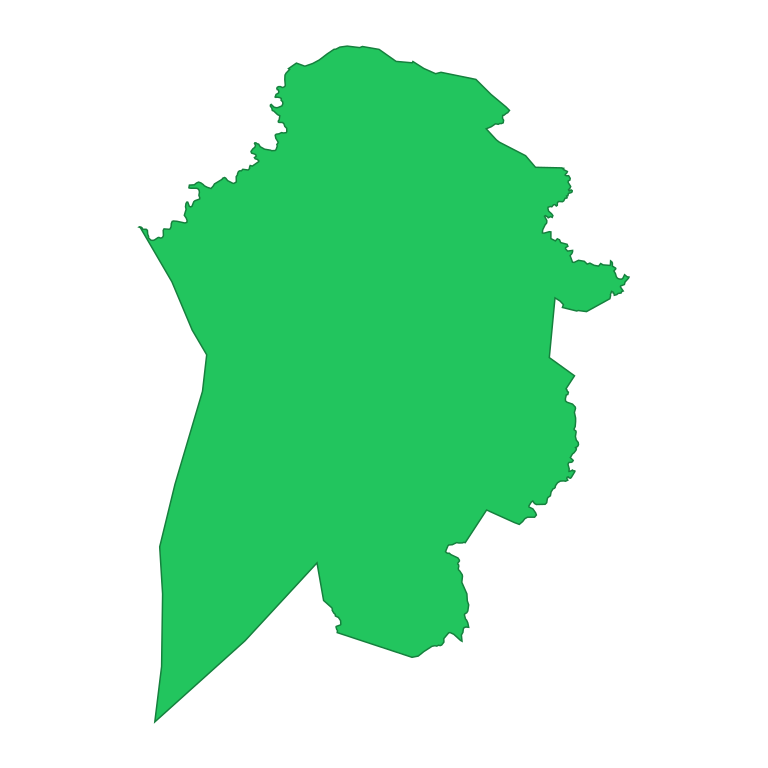 San Agustín Loxicha, Oaxaca, Mexico (orthographic projection)
{"feature_id": "50627088B42356664126835", "entity_name": "San Agustín Loxicha", "entity_type": "district", "adm_level": 2, "iso_a3": "MEX", "parent_name": "Mexico", "parent_adm1": "Oaxaca", "projection": "orthographic", "projection_center": [-96.596, 15.968], "detail": "fine", "context": "isolated", "style": "filled", "palette": "green", "viewbox_px": 768, "rotation_deg": 0, "n_neighbors": 0, "source": "geoboundaries", "source_scale": "gbopen_adm2", "svg_char_len": 6089}
<svg xmlns="http://www.w3.org/2000/svg" viewBox="0 0 768 768"><path d="M462.0,641.2L461.4,635.0L462.9,632.4L463.3,629.0L464.1,627.6L465.9,627.0L468.7,627.3L467.8,622.9L466.6,620.2L465.5,619.0L464.4,614.8L465.0,613.7L466.7,612.8L467.8,611.0L468.7,604.9L467.3,600.9L466.9,593.9L461.8,582.3L462.5,576.2L462.2,574.7L459.8,571.0L458.6,569.9L458.3,568.4L458.8,566.3L458.6,564.8L457.7,564.0L457.9,563.0L459.4,561.1L459.4,560.2L458.0,558.0L450.9,554.6L449.3,553.2L447.4,553.3L445.5,551.7L447.9,545.9L448.7,545.0L452.3,544.7L456.6,542.6L458.9,543.0L462.4,542.9L464.0,542.3L465.2,542.7L486.6,510.0L514.5,522.6L519.3,524.4L522.7,521.5L524.7,518.8L527.5,517.2L534.6,517.2L536.4,515.0L535.6,512.8L532.9,508.9L529.0,507.0L528.9,505.9L531.2,502.2L532.8,501.0L534.5,503.5L536.4,504.5L545.1,504.3L546.7,502.7L547.3,498.8L547.9,497.5L550.4,495.8L551.1,491.9L553.0,488.9L554.2,488.4L555.1,487.6L555.5,485.7L557.5,482.8L560.3,481.1L563.6,480.9L565.6,481.2L567.8,480.2L566.8,478.4L567.2,477.2L568.3,476.9L569.1,477.9L570.4,478.2L571.2,477.6L574.9,471.5L574.8,470.9L572.6,470.7L572.5,470.1L570.2,471.2L569.0,471.4L569.2,468.8L568.0,464.3L568.5,463.0L569.1,462.4L571.2,462.3L572.5,461.7L573.2,460.4L570.3,457.6L572.5,453.9L574.0,452.8L576.0,450.2L576.4,448.8L575.5,447.5L576.7,447.1L577.9,446.0L578.5,444.6L578.2,442.4L576.3,440.1L575.4,436.5L576.1,432.1L575.9,431.0L574.2,429.8L574.1,428.9L575.2,426.6L575.6,421.7L575.6,418.0L574.4,412.4L575.5,408.5L575.3,407.1L572.5,404.1L567.0,402.2L565.5,400.9L565.4,398.7L566.3,394.9L567.8,394.5L568.4,392.2L567.1,391.0L567.0,390.0L566.0,388.8L574.5,375.8L549.3,357.6L555.0,297.9L559.9,300.9L563.4,304.6L562.4,307.5L576.7,311.0L578.3,310.5L586.5,311.6L609.9,298.7L610.6,295.5L610.4,294.6L611.6,291.4L613.1,292.2L613.1,293.0L613.9,293.3L614.3,295.3L616.8,294.6L618.0,293.5L621.1,293.0L621.8,291.5L623.2,291.0L620.4,286.9L620.6,286.0L624.4,284.5L625.0,282.1L628.5,278.2L629.0,277.1L627.0,276.7L624.6,274.7L622.9,278.2L621.6,279.2L619.3,279.0L617.5,278.3L616.3,276.7L615.4,273.5L613.9,271.0L615.8,268.8L615.6,268.1L612.4,266.1L612.4,263.0L611.7,261.7L610.6,260.9L610.4,264.6L610.0,265.4L603.1,264.9L600.7,263.5L598.6,266.1L594.1,265.3L589.9,263.1L587.2,264.1L584.3,261.3L578.5,260.3L574.2,262.4L572.5,262.2L570.1,255.6L571.9,253.5L572.6,251.7L572.6,250.4L567.6,251.1L565.5,248.8L565.6,247.6L567.9,246.3L567.1,244.3L560.7,242.6L559.5,239.8L557.3,238.8L555.4,240.9L550.9,238.6L550.9,231.9L549.3,231.7L543.9,233.2L542.4,232.9L542.7,229.8L545.2,224.7L546.5,223.3L546.8,222.1L546.8,220.5L544.5,216.2L545.4,215.6L547.7,217.0L548.2,217.8L550.7,216.6L552.2,217.4L552.9,215.6L551.6,213.8L548.6,211.1L547.9,208.4L548.1,207.2L550.3,206.5L551.8,206.8L553.5,204.8L555.0,204.6L556.3,206.0L557.3,205.3L557.4,202.7L558.6,201.5L562.5,201.7L563.7,200.9L565.1,198.2L566.8,198.1L567.1,197.4L566.6,196.0L567.9,195.7L568.4,193.4L571.0,192.7L572.1,191.9L572.2,190.6L571.1,189.9L569.2,190.9L568.5,189.8L570.1,188.0L570.7,186.5L568.1,182.4L568.3,180.9L569.9,180.1L570.2,178.3L568.6,175.7L566.5,175.8L565.2,175.2L565.3,174.4L566.9,172.8L567.4,171.5L563.9,169.8L563.7,168.3L562.6,168.7L562.1,167.9L535.5,167.3L525.6,155.7L499.4,142.2L496.4,139.9L486.2,128.8L491.3,126.7L495.5,123.8L498.3,124.3L499.8,123.5L501.3,123.6L503.2,122.8L503.6,120.2L502.5,118.3L502.7,115.4L504.0,115.2L506.5,113.2L507.6,112.8L509.5,110.4L506.1,107.0L491.0,94.4L475.9,79.4L441.0,72.3L435.6,73.7L423.9,68.5L412.9,61.5L412.2,62.8L396.1,61.4L379.1,49.4L362.4,46.5L359.7,47.6L347.2,46.1L339.9,47.1L335.8,49.2L334.0,49.3L327.3,53.8L319.2,60.0L312.7,63.5L304.9,66.2L296.4,63.1L288.5,68.6L289.6,69.4L286.1,73.1L285.0,75.1L284.8,79.6L285.3,85.5L284.7,86.5L283.6,87.2L282.2,87.5L280.5,86.6L278.7,86.6L277.4,87.2L276.8,88.2L277.2,89.6L278.3,89.9L278.8,91.8L278.4,93.1L276.1,94.4L275.1,97.0L275.9,97.4L276.9,97.1L279.8,97.6L281.3,98.5L281.1,100.3L282.6,101.7L282.9,103.7L281.9,105.9L277.8,107.6L276.2,107.7L274.0,107.1L271.2,104.4L270.5,104.9L270.3,106.0L271.8,108.1L272.3,110.5L273.7,111.0L277.5,114.6L279.8,115.7L279.2,119.7L278.3,121.0L278.3,121.9L278.9,122.4L282.5,122.5L283.9,123.7L284.8,126.4L286.7,128.3L286.8,131.5L286.3,132.6L283.5,133.0L281.5,132.6L279.0,133.8L276.2,134.2L275.2,135.2L275.8,138.3L277.9,141.7L278.1,142.8L276.8,144.5L277.3,146.0L276.0,149.7L275.1,150.5L271.6,150.7L270.6,150.2L264.6,149.2L260.2,146.7L258.6,144.1L257.2,143.8L256.0,142.9L254.9,142.8L254.5,143.5L255.5,145.2L254.9,147.2L252.8,148.9L251.0,151.4L251.2,152.2L251.6,153.1L254.7,154.1L256.0,155.1L256.1,156.4L254.4,157.6L255.2,158.8L257.3,159.4L258.8,160.9L258.7,161.6L252.3,166.1L250.2,165.5L249.5,167.3L249.6,168.5L248.1,170.0L242.8,169.3L241.4,170.8L239.8,170.8L238.5,171.5L237.6,173.5L237.4,175.0L236.2,176.6L236.3,181.9L234.0,183.4L232.8,183.3L227.6,180.6L225.7,178.1L224.5,177.5L222.6,178.3L222.1,179.3L214.5,183.9L213.1,186.2L211.0,188.5L207.2,187.3L204.2,185.7L203.4,184.7L200.9,182.9L198.6,182.1L196.5,183.0L194.3,184.8L189.4,185.1L188.9,187.8L190.0,188.2L196.9,188.3L198.3,189.1L199.2,190.5L199.4,192.4L198.9,195.3L199.8,197.9L199.6,199.0L195.0,200.7L193.8,201.7L191.9,206.4L190.5,206.9L189.3,206.3L187.8,202.2L187.0,202.0L186.0,203.4L185.5,206.7L186.1,209.3L184.3,215.3L186.1,217.9L187.1,220.5L186.8,222.4L184.9,223.0L177.0,221.3L173.5,221.0L172.2,221.4L171.3,223.6L171.1,226.6L170.2,228.7L169.4,229.3L164.0,228.9L163.2,230.4L163.4,235.4L163.1,236.5L162.1,237.7L160.6,238.1L158.9,237.4L158.0,237.6L154.4,240.0L153.0,240.4L150.9,240.2L148.5,237.8L148.6,236.4L147.7,234.2L147.4,230.3L146.2,229.3L142.8,229.3L142.1,227.9L141.0,227.1L139.5,226.8L139.0,227.1L140.3,227.6L171.9,281.8L192.2,330.1L206.7,354.8L202.5,391.3L175.0,484.2L159.7,546.8L162.6,594.0L161.6,666.5L154.8,721.9L245.0,640.8L317.0,562.9L323.6,600.5L331.7,607.7L332.3,608.7L332.2,610.3L333.9,613.2L335.2,614.3L335.4,616.0L338.4,617.4L340.6,620.7L340.8,624.4L340.5,624.9L336.3,626.4L336.0,626.9L336.7,629.4L337.5,630.6L337.2,632.6L412.0,657.3L418.2,656.1L423.8,651.6L432.0,646.3L434.9,645.7L436.8,646.1L438.5,645.2L440.2,645.6L441.7,645.0L443.9,642.1L443.8,638.6L448.7,632.8L450.2,632.6L453.8,634.3L460.5,640.4L462.0,641.2Z" fill="#22c55e" stroke="#15803d" stroke-width="1.5"/></svg>